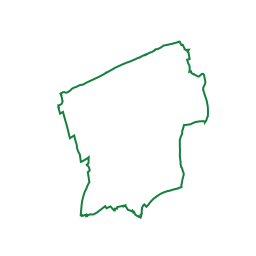 outline of Voerendaal, Limburg, Netherlands, rotated 285°
{"feature_id": "6326949B50745475536845", "entity_name": "Voerendaal", "entity_type": "district", "adm_level": 2, "iso_a3": "NLD", "parent_name": "Netherlands", "parent_adm1": "Limburg", "projection": "equal_earth", "projection_center": [5.917, 50.872], "detail": "fine", "context": "isolated", "style": "outline", "palette": "green", "viewbox_px": 256, "rotation_deg": 285, "n_neighbors": 0, "source": "geoboundaries", "source_scale": "gbopen_adm2", "svg_char_len": 5546}
<svg xmlns="http://www.w3.org/2000/svg" viewBox="0 0 256 256"><g transform="rotate(285 128 128)"><path d="M142.3,54.9L141.9,55.2L140.8,55.9L138.7,56.9L137.9,57.3L137.6,57.5L137.4,57.6L137.2,57.9L135.4,57.9L134.6,57.8L134.4,57.7L134.1,57.6L133.7,57.3L133.3,57.0L132.6,56.3L132.3,56.0L132.0,55.5L132.0,55.3L131.9,54.9L129.7,55.9L129.7,55.5L124.3,58.7L126.7,61.0L119.9,65.0L114.1,68.5L111.0,70.2L103.1,74.5L106.9,78.0L106.2,78.4L105.8,78.5L105.3,78.8L104.3,79.3L101.7,80.8L99.1,82.5L97.7,83.2L96.3,83.5L95.1,84.2L92.6,85.8L91.8,86.5L90.1,88.2L89.9,88.3L89.6,88.5L83.1,91.2L83.3,91.5L83.6,92.0L84.1,92.6L85.3,93.8L86.3,94.7L86.6,95.1L87.4,95.9L89.6,97.6L87.6,98.0L85.8,98.5L83.9,98.8L83.4,98.9L83.2,98.8L83.0,98.7L82.3,97.9L82.0,97.7L81.7,97.6L81.2,98.5L80.8,99.4L80.6,99.8L80.2,100.2L80.1,100.3L79.3,100.8L78.1,101.5L77.6,101.8L77.2,101.9L76.7,101.9L76.2,101.6L75.5,101.0L75.0,100.6L72.5,101.7L65.9,104.6L66.1,104.6L65.9,104.7L65.5,104.7L64.7,104.4L64.0,104.2L63.0,104.0L61.6,103.8L59.8,103.6L59.1,103.5L57.1,103.2L56.3,102.9L54.8,102.7L52.7,102.6L49.1,102.5L47.2,102.6L45.9,102.6L44.9,102.7L42.7,103.0L41.7,103.1L31.5,104.9L31.9,106.2L31.2,106.3L32.1,108.0L33.5,110.0L31.9,110.5L32.3,111.4L33.6,111.0L33.5,111.7L33.5,111.9L33.6,112.1L33.6,112.3L33.9,112.6L34.4,113.2L34.7,113.5L35.1,115.4L35.2,115.7L35.5,116.8L35.7,117.2L36.3,117.8L38.2,119.8L43.8,124.1L46.6,126.2L44.9,128.1L45.3,128.5L46.2,129.6L46.4,129.7L47.0,130.4L47.7,131.4L45.1,135.3L44.8,135.8L44.8,136.1L45.1,136.2L45.1,136.5L46.7,136.2L47.2,138.3L48.9,138.1L51.7,143.7L51.0,143.9L51.1,144.1L52.1,145.2L52.7,145.7L51.4,146.3L51.3,146.5L51.2,146.6L50.7,147.2L50.0,148.0L49.5,148.5L49.0,149.0L49.0,149.3L48.6,153.3L49.2,153.5L48.8,153.9L49.0,154.0L47.7,155.0L48.5,155.5L46.2,157.5L46.0,158.0L45.8,158.6L45.5,159.5L45.4,160.4L45.3,160.8L45.0,161.4L45.7,161.6L44.9,163.0L44.8,163.4L45.1,163.4L46.1,163.4L47.3,163.4L48.4,163.4L48.6,163.4L48.5,163.1L48.8,163.2L49.5,163.2L51.1,162.8L52.2,162.5L52.9,162.7L53.2,162.6L54.2,162.1L54.4,162.2L57.1,162.7L58.4,163.6L56.9,165.6L56.7,166.3L58.1,166.7L58.2,166.8L58.4,167.2L59.2,167.6L61.4,168.4L62.7,169.0L63.7,169.5L66.3,171.0L67.5,171.9L68.7,172.9L68.7,173.0L68.8,173.1L69.0,173.0L69.3,173.3L70.1,174.1L70.6,174.5L71.0,174.8L72.6,176.3L74.2,178.1L75.5,179.8L76.2,180.9L77.0,182.1L77.5,182.9L77.7,183.5L78.2,184.5L78.7,185.1L78.8,185.3L78.8,185.5L79.1,185.7L79.4,186.3L80.2,187.6L81.3,189.5L82.2,191.3L82.8,192.1L82.7,192.2L82.8,192.3L83.3,192.6L83.7,193.2L84.7,195.0L86.4,194.4L87.2,194.3L89.4,194.2L92.2,193.9L93.1,193.9L97.2,193.9L97.8,193.8L98.1,193.7L98.6,193.5L99.1,193.2L99.8,192.8L100.5,192.2L101.1,191.8L103.0,190.7L103.3,190.5L103.5,190.3L103.9,189.6L104.9,189.1L105.3,188.7L106.2,188.4L107.5,187.9L109.2,187.4L110.7,186.8L112.0,186.2L114.0,185.5L114.9,185.2L115.0,185.2L117.2,184.6L120.4,183.9L121.9,183.4L122.9,183.0L125.7,182.3L128.0,181.6L129.3,181.3L130.3,181.1L130.7,181.2L131.6,181.2L133.2,181.2L135.7,181.7L136.1,181.8L136.4,181.8L137.3,181.6L138.7,181.2L139.6,181.2L143.6,181.4L145.2,181.2L147.3,186.4L147.6,187.1L147.9,187.5L150.7,190.8L151.0,191.2L151.8,192.9L152.5,194.4L153.0,195.6L154.1,199.1L154.2,199.8L154.0,200.2L153.6,200.7L153.3,200.8L154.8,201.4L155.3,201.5L156.0,201.7L158.0,201.7L158.7,201.8L159.2,201.9L159.5,202.1L159.8,202.1L162.8,201.5L164.9,200.9L166.3,200.5L168.2,199.9L170.0,199.2L171.1,198.7L172.2,198.1L172.6,198.0L172.8,197.9L174.2,197.2L175.9,196.2L176.7,195.7L180.5,193.1L181.5,192.6L182.4,192.0L183.5,191.3L184.3,190.7L184.4,190.8L184.6,190.8L184.9,190.7L185.8,190.3L186.4,190.3L186.7,190.3L187.2,190.4L190.7,191.0L191.3,191.0L191.9,190.9L192.5,190.8L193.0,190.6L194.4,189.9L196.8,188.7L198.5,187.9L198.9,187.7L199.2,187.4L199.6,186.5L199.7,186.4L199.7,186.0L199.6,185.9L199.5,185.6L199.3,185.3L198.9,185.0L196.6,183.6L196.4,183.5L196.2,183.3L196.0,183.0L195.9,182.6L195.9,182.4L196.0,181.9L196.9,177.9L197.1,177.7L196.8,177.5L197.5,175.1L199.0,174.3L198.5,173.4L198.1,172.7L199.8,172.6L200.6,172.4L203.3,171.6L203.6,171.5L204.5,170.9L204.8,170.6L205.4,170.0L206.6,169.1L208.0,168.2L209.3,167.5L209.6,168.1L209.8,168.4L210.5,169.7L216.6,166.9L216.8,166.3L217.1,165.7L219.4,166.5L219.1,165.6L218.4,164.5L218.3,164.0L218.3,163.8L218.3,163.5L218.7,162.5L218.9,162.6L221.2,160.4L222.5,159.3L222.5,159.1L222.0,158.8L222.0,158.0L222.3,157.7L222.5,157.7L223.1,157.0L223.6,156.5L224.3,156.0L224.8,155.7L224.3,154.4L224.0,154.3L223.4,153.4L223.0,152.7L222.3,151.4L221.1,149.4L220.5,148.5L219.8,146.9L219.1,145.7L218.5,144.5L218.1,143.8L217.7,142.8L217.3,141.8L217.2,141.6L216.6,140.8L215.6,140.0L214.9,139.4L214.0,138.7L213.5,138.1L211.8,136.0L211.4,134.9L210.9,134.1L210.7,133.9L210.5,134.0L209.8,133.5L208.7,132.6L208.3,132.1L207.7,131.5L207.3,131.0L206.6,129.9L206.6,129.7L204.0,127.0L203.0,126.0L203.5,125.8L198.8,120.4L198.7,120.5L198.1,119.4L197.3,118.3L197.2,118.3L195.6,116.4L194.9,115.4L194.5,114.9L194.2,114.6L192.9,112.9L190.4,109.3L188.4,106.7L187.0,105.0L186.3,104.2L185.0,102.5L183.5,100.8L182.9,99.9L182.1,99.2L181.2,98.4L178.1,95.2L176.7,93.8L174.7,91.7L174.8,91.7L174.2,91.2L173.4,90.4L171.8,88.7L170.0,86.8L167.4,83.7L165.2,81.1L162.4,77.7L160.2,75.2L159.3,74.4L158.6,73.6L157.9,72.8L157.6,71.9L157.6,71.7L157.4,71.2L157.2,70.7L156.8,70.2L156.1,69.4L154.5,67.6L153.9,66.9L153.6,66.4L153.1,65.5L151.6,63.8L150.5,63.2L149.6,62.7L149.4,62.7L149.5,62.7L148.5,61.8L147.2,60.8L146.9,60.5L146.0,58.9L146.2,57.4L146.0,57.2L145.9,56.4L145.7,55.9L145.2,55.6L144.9,55.1L144.5,54.7L144.2,54.3L143.7,53.9L143.1,54.4L142.8,54.8L142.5,55.1L142.3,54.9Z" fill="none" stroke="#15803d" stroke-width="2"/></g></svg>